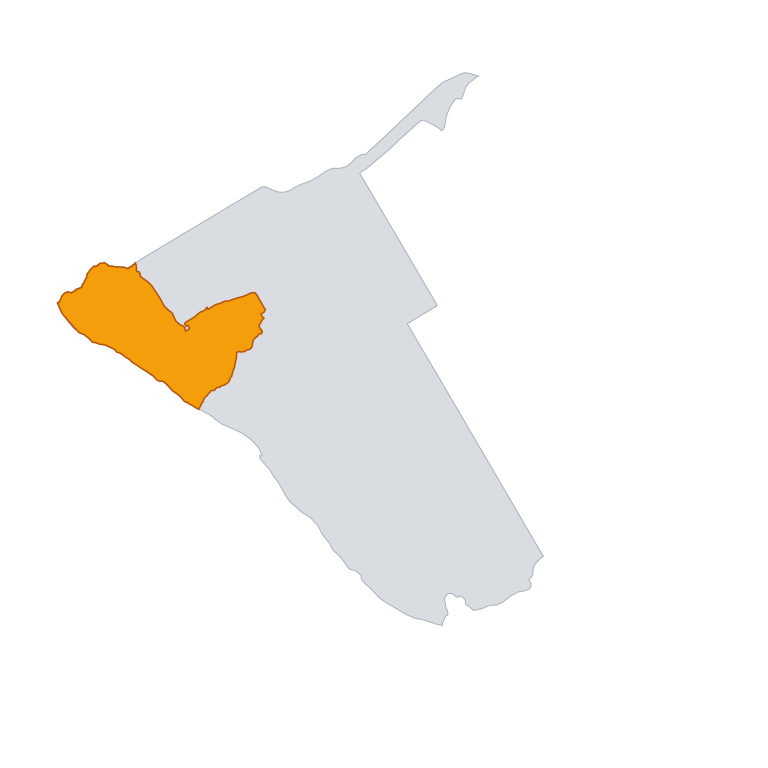 where Kunene sits in Namibia, rotated 329°
{"feature_id": "NAM-3347", "entity_name": "Kunene", "entity_type": "Region", "adm_level": 1, "iso_a3": "NAM", "parent_name": "Namibia", "parent_adm1": "", "projection": "natural_earth1", "projection_center": [13.973, -19.069], "detail": "fine", "context": "in_parent", "style": "filled", "palette": "amber", "viewbox_px": 768, "rotation_deg": 329, "n_neighbors": 0, "source": "natural_earth", "source_scale": "10m", "svg_char_len": 7925}
<svg xmlns="http://www.w3.org/2000/svg" viewBox="0 0 768 768"><g transform="rotate(329 384 384)"><path d="M557.1,162.4L564.7,160.7L572.0,159.0L580.4,157.4L587.2,156.1L588.8,155.7L605.0,157.3L612.1,158.3L614.5,159.4L617.7,162.1L623.5,168.8L621.9,168.5L611.1,169.9L606.9,171.7L597.5,179.6L595.6,178.6L593.4,176.9L591.5,176.5L587.4,178.4L583.3,180.6L578.8,183.8L575.1,186.9L573.8,188.6L568.0,195.1L566.1,196.1L564.4,196.6L563.7,196.3L563.0,193.5L559.6,187.0L554.0,178.5L552.3,177.7L551.2,177.4L547.0,177.8L534.7,180.2L524.3,182.2L508.4,185.7L491.4,188.5L480.8,190.2L471.7,190.7L471.6,199.1L471.5,216.1L471.3,233.1L471.1,250.1L471.0,267.2L470.8,284.2L470.6,301.2L470.4,318.2L470.2,335.3L470.1,342.7L469.8,344.3L464.6,344.3L452.9,344.3L443.0,344.3L435.0,344.3L434.9,354.4L434.7,366.4L434.6,378.4L434.5,390.3L434.4,402.3L434.3,414.3L434.1,426.3L434.0,438.2L433.9,450.2L433.8,459.3L433.7,460.3L433.5,477.9L433.3,496.5L433.1,515.1L432.8,533.7L432.6,552.3L432.3,570.9L432.1,589.5L431.8,608.1L431.7,614.0L428.2,613.9L421.0,616.2L416.4,619.1L414.4,622.8L411.8,625.0L408.5,625.8L407.0,627.6L407.4,630.6L406.1,632.8L403.2,634.4L398.5,633.9L392.1,631.4L383.9,630.9L373.9,632.2L366.7,631.5L362.4,629.0L357.8,627.6L352.8,627.2L350.0,626.2L344.2,624.3L343.1,621.1L342.5,618.6L340.8,616.0L340.7,614.0L342.0,612.4L342.2,609.9L341.3,606.4L339.7,604.6L337.4,604.7L336.0,603.4L335.4,600.6L334.1,598.5L330.9,596.4L326.6,598.0L324.6,600.4L323.4,604.2L322.3,606.2L321.8,609.3L321.5,611.6L320.4,614.0L319.3,615.0L318.1,614.5L315.9,615.5L311.1,619.0L309.7,620.9L305.9,617.5L294.6,604.8L290.6,601.5L284.7,593.7L271.7,569.4L269.9,564.8L267.4,553.1L264.6,544.4L264.3,539.4L265.6,536.5L264.8,532.7L263.3,529.2L258.9,524.7L257.6,509.7L254.7,500.0L255.3,491.9L253.9,484.6L253.8,479.9L254.4,471.0L252.1,460.8L247.2,450.7L242.8,436.3L242.2,429.9L242.7,412.9L241.8,406.0L241.9,397.8L240.1,389.3L239.4,384.7L240.6,381.1L241.4,382.2L242.6,382.8L243.5,377.9L243.7,373.6L241.5,363.0L236.6,352.2L224.3,334.6L221.4,327.9L219.6,322.3L206.0,299.1L200.1,282.7L196.0,268.5L191.6,262.0L170.9,216.0L166.3,208.7L158.0,199.9L156.1,197.0L152.9,188.7L146.7,177.4L145.1,167.0L144.7,155.1L145.4,146.1L151.1,145.1L155.0,142.7L158.5,142.5L162.1,144.4L165.8,144.6L167.2,144.3L173.9,144.6L177.7,142.4L182.3,140.2L184.9,138.3L188.6,136.3L193.5,134.3L196.2,134.5L199.6,135.3L204.2,136.0L206.7,137.4L209.8,141.6L214.5,145.4L217.9,147.7L221.9,150.7L223.1,151.9L224.9,152.5L225.9,152.7L233.3,152.3L240.0,151.8L247.2,151.9L260.7,151.9L274.2,151.9L287.8,151.9L301.3,152.0L314.9,152.0L328.4,152.0L341.9,152.0L355.5,152.1L361.0,152.1L370.7,152.2L380.9,152.3L382.0,152.6L383.1,153.4L384.1,154.1L387.6,159.4L392.2,165.0L396.0,167.6L400.5,169.2L404.8,169.8L408.8,169.4L415.4,170.1L424.7,171.9L434.3,172.4L444.3,171.7L451.3,172.7L455.4,175.4L459.5,177.2L463.8,178.2L469.5,177.6L476.8,175.5L483.0,175.8L485.8,177.4L487.5,177.4L498.2,175.2L506.8,173.4L519.7,170.6L530.3,168.3L546.0,164.8L557.1,162.4Z" fill="#d9dde1" stroke="#a8b0b8" stroke-width="1"/><path d="M195.8,133.6L196.4,134.2L196.9,133.9L197.2,134.1L197.4,134.6L197.8,134.8L198.6,134.9L199.0,134.9L199.4,134.8L199.4,135.1L200.3,134.6L200.8,134.4L201.0,134.6L201.3,134.6L202.1,134.4L202.8,134.2L203.4,134.5L204.7,135.4L205.3,135.6L206.1,135.8L206.9,136.1L207.4,136.7L207.9,138.3L208.4,138.9L208.7,139.6L208.3,140.8L211.4,142.7L214.5,145.6L217.9,147.7L221.2,149.8L221.6,150.2L223.3,152.7L223.8,153.2L224.6,153.3L225.0,153.2L225.6,152.8L225.9,152.7L226.3,152.8L227.0,153.0L227.7,153.1L228.3,153.3L228.7,153.3L229.1,153.2L229.7,152.8L229.9,152.7L231.5,153.0L232.3,152.9L232.6,152.1L232.6,151.9L233.0,151.9L233.0,152.8L232.9,153.2L233.1,153.4L232.9,154.2L232.3,155.6L232.0,156.4L230.8,158.3L230.1,159.3L230.2,160.4L231.7,161.4L231.9,162.4L231.8,163.4L231.6,164.2L231.3,164.9L230.6,165.7L231.1,167.7L234.5,175.6L235.6,180.7L236.2,196.2L235.8,202.1L236.0,205.0L237.4,210.0L238.4,212.3L239.0,214.6L238.4,218.9L238.1,223.2L239.6,228.0L240.3,229.2L241.3,230.1L242.1,231.5L242.3,233.4L241.9,234.0L241.4,234.6L241.1,236.4L245.5,236.5L246.2,234.9L246.3,232.7L244.3,232.8L244.1,231.0L244.2,229.4L245.9,229.0L255.6,228.9L263.7,227.7L265.9,228.2L268.0,228.4L271.8,227.1L271.7,229.3L278.2,229.3L279.5,229.1L280.9,229.3L285.4,230.5L288.4,230.9L289.7,230.9L290.9,231.2L293.7,232.9L298.0,233.6L300.4,234.3L302.4,234.5L307.2,236.2L313.7,237.2L315.8,237.3L318.1,237.9L320.2,239.2L320.6,239.6L320.6,240.2L320.9,242.1L320.5,257.3L320.8,258.9L318.8,260.4L317.8,260.7L314.7,260.7L314.5,260.8L314.4,260.9L314.4,263.3L314.4,263.7L315.0,265.5L315.0,265.9L314.8,266.0L314.4,266.0L313.4,266.0L307.1,269.6L306.7,269.9L306.5,270.2L306.6,273.6L306.8,275.1L306.8,275.5L306.8,276.0L306.6,276.6L306.2,277.0L305.7,277.3L305.1,277.5L304.6,277.7L304.1,277.6L303.5,277.1L302.9,276.9L302.4,276.9L302.0,277.0L301.7,277.1L299.9,278.0L299.6,278.0L297.4,278.1L297.1,278.1L294.6,279.3L293.4,280.2L292.9,280.6L290.7,283.6L290.1,284.0L288.0,285.0L287.5,285.1L286.9,285.1L284.0,284.4L281.6,284.3L280.0,283.9L278.6,283.3L277.8,282.9L277.3,282.4L277.0,282.0L276.8,281.7L276.5,281.4L274.0,281.1L273.7,281.5L273.4,282.0L272.6,283.1L270.6,286.0L270.3,286.3L265.4,291.4L265.1,291.9L264.9,292.5L264.7,292.7L263.0,293.8L262.2,294.3L260.4,296.0L260.0,296.4L259.8,296.6L259.2,296.8L259.0,297.1L258.8,297.6L258.6,297.8L258.4,298.0L258.2,298.1L257.9,298.3L257.7,298.5L257.5,298.9L257.4,299.0L257.2,299.2L256.8,299.2L256.1,299.3L255.9,299.3L254.9,300.1L254.1,300.6L253.8,300.9L253.5,301.4L253.2,301.6L252.7,301.7L252.1,302.0L251.2,302.4L250.9,302.5L250.2,302.5L249.9,302.6L249.4,302.7L249.1,302.7L248.0,302.6L246.1,302.6L245.8,302.6L244.5,301.9L244.3,301.9L244.0,301.9L243.7,301.9L243.2,302.0L242.2,302.1L241.4,302.2L241.2,302.2L240.3,301.5L240.1,301.4L239.9,301.3L238.4,301.1L237.5,301.3L235.7,302.0L235.2,302.1L234.8,301.9L232.6,300.8L232.3,300.8L232.0,300.8L231.4,300.9L231.0,301.1L230.7,301.3L230.3,301.5L230.1,301.7L229.8,301.7L228.8,301.8L228.1,302.0L227.6,302.2L226.6,302.8L226.4,302.9L226.2,302.9L224.6,303.0L221.9,304.1L221.2,304.6L220.7,305.2L220.5,305.3L219.9,305.4L219.7,305.5L219.5,306.0L219.3,306.3L219.1,306.4L218.8,306.5L218.4,306.5L217.2,306.9L216.9,307.0L216.7,307.1L216.3,307.8L216.0,308.1L215.7,308.3L214.5,308.8L212.2,310.4L211.3,309.1L208.2,302.9L206.7,300.7L206.3,299.1L205.8,298.5L204.8,297.7L204.1,296.2L203.7,294.9L203.4,291.4L202.4,287.7L199.3,281.0L198.5,277.4L198.3,275.6L197.6,272.2L196.3,268.7L195.5,267.2L194.1,266.7L192.6,265.6L191.4,263.3L190.3,258.1L187.5,252.2L187.2,251.0L185.7,248.8L183.1,243.5L182.8,242.5L182.4,241.9L181.5,239.8L181.2,239.4L179.6,236.2L179.1,234.9L179.0,234.1L178.7,232.2L178.3,231.3L177.2,229.6L176.5,228.2L174.7,223.3L174.0,222.1L172.9,220.6L171.7,219.5L171.3,219.0L170.9,216.0L170.6,215.1L164.8,206.5L160.8,203.6L159.1,201.3L158.9,201.1L158.3,200.1L157.9,199.9L157.6,199.7L155.8,198.4L155.2,196.3L155.1,195.5L154.6,194.2L154.6,193.7L154.6,193.3L154.6,192.9L154.6,192.5L153.8,191.1L152.4,187.1L152.2,186.8L149.3,183.3L148.7,181.5L148.5,179.0L147.8,177.0L147.4,175.5L146.9,171.5L146.1,168.5L145.6,164.2L145.1,162.1L144.9,160.7L144.5,158.5L144.7,155.2L145.8,146.8L146.2,146.2L146.7,146.3L147.3,146.7L147.7,146.8L148.2,146.7L148.4,146.5L148.5,146.3L148.7,145.9L149.3,145.4L150.8,144.6L152.4,143.2L153.9,142.4L155.5,141.9L157.2,141.6L157.4,141.6L157.6,141.5L157.9,141.5L158.2,141.8L159.4,142.2L159.8,142.1L160.0,141.9L160.5,141.9L160.8,142.1L160.8,142.4L160.9,142.7L161.0,143.1L161.2,143.3L161.6,143.6L162.0,143.8L162.4,143.9L162.7,144.1L162.9,144.5L163.0,144.9L163.1,145.1L165.6,144.8L167.9,144.9L168.4,144.6L168.9,144.2L169.3,144.2L170.1,144.7L170.8,145.0L172.9,145.2L174.1,145.5L174.6,145.5L175.4,145.0L177.0,143.4L177.9,143.1L178.8,142.9L179.4,142.5L180.7,141.3L182.3,140.5L183.5,140.1L183.7,139.7L184.0,139.1L184.3,138.8L184.6,138.6L185.2,138.4L185.5,138.2L185.7,137.8L185.7,137.3L185.9,136.9L186.7,136.7L187.4,136.3L188.5,136.0L190.4,134.8L194.2,134.0L195.0,133.7L195.8,133.6Z" fill="#f59e0b" stroke="#b45309" stroke-width="1.5"/></g></svg>